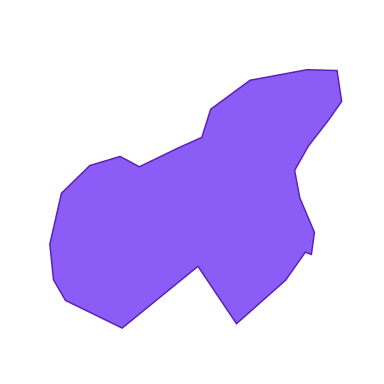 Moka, Mercator projection, rotated 101°
{"feature_id": "MUS-5186", "entity_name": "Moka", "entity_type": "District", "adm_level": 1, "iso_a3": "MUS", "parent_name": "Mauritius", "parent_adm1": "", "projection": "mercator", "projection_center": [57.579, -20.265], "detail": "fine", "context": "isolated", "style": "filled", "palette": "violet", "viewbox_px": 384, "rotation_deg": 101, "n_neighbors": 0, "source": "natural_earth", "source_scale": "10m", "svg_char_len": 478}
<svg xmlns="http://www.w3.org/2000/svg" viewBox="0 0 384 384"><g transform="rotate(101 192 192)"><path d="M230.5,62.9L229.5,69.3L260.6,83.2L312.8,123.2L263.8,172.0L338.9,234.6L322.6,295.5L304.6,311.2L270.4,321.6L218.1,319.9L185.5,297.3L170.8,269.4L177.3,248.5L151.2,213.7L136.5,192.8L107.1,189.4L71.2,156.3L50.0,102.4L45.1,72.8L74.5,62.4L94.1,71.1L125.1,86.7L136.9,90.6L151.2,95.4L177.3,85.0L208.3,64.1L230.5,62.9Z" fill="#8b5cf6" stroke="#5b21b6" stroke-width="1.5"/></g></svg>